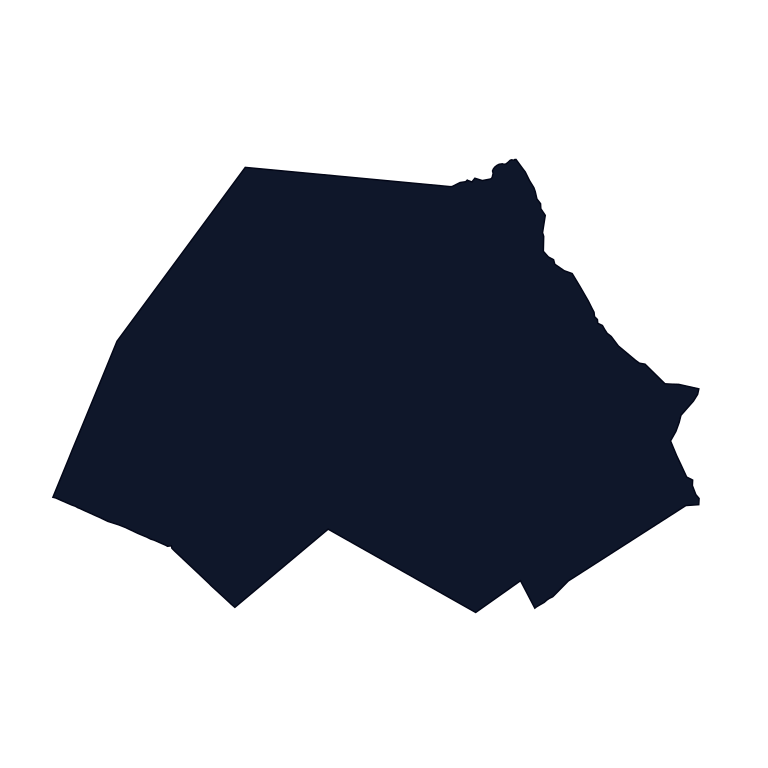 Pinotepa de Don Luis, Oaxaca, Mexico, rotated 274°
{"feature_id": "50627088B98184745232294", "entity_name": "Pinotepa de Don Luis", "entity_type": "district", "adm_level": 2, "iso_a3": "MEX", "parent_name": "Mexico", "parent_adm1": "Oaxaca", "projection": "equal_earth", "projection_center": [-97.962, 16.403], "detail": "fine", "context": "isolated", "style": "filled", "palette": "ink", "viewbox_px": 768, "rotation_deg": 274, "n_neighbors": 0, "source": "geoboundaries", "source_scale": "gbopen_adm2", "svg_char_len": 1767}
<svg xmlns="http://www.w3.org/2000/svg" viewBox="0 0 768 768"><g transform="rotate(274 384 384)"><path d="M247.9,61.6L247.5,64.2L245.1,70.8L241.5,81.0L240.5,84.7L239.2,87.3L238.7,89.1L236.8,94.0L232.0,107.0L231.5,108.5L227.7,118.1L225.0,129.2L222.6,136.8L222.3,137.4L217.8,148.9L215.1,156.9L215.1,157.2L213.0,162.1L212.3,165.2L207.8,177.8L207.0,179.3L207.8,183.2L205.3,183.9L202.5,187.1L191.0,201.2L183.0,211.0L172.8,223.4L170.9,225.5L169.2,227.6L160.0,239.2L154.5,246.0L154.1,246.4L150.8,250.8L235.3,338.4L162.5,491.4L197.3,533.9L170.9,550.1L172.2,551.5L174.3,554.5L177.3,559.0L180.0,561.7L181.7,563.9L183.5,567.1L185.3,568.7L200.4,581.6L283.8,693.6L285.6,706.4L291.8,706.3L295.4,702.8L304.2,698.7L309.7,698.6L312.3,692.4L323.6,686.2L333.0,680.9L340.2,677.3L347.2,673.8L357.1,678.5L366.2,681.1L373.5,682.4L388.6,693.9L395.6,697.6L401.1,698.4L404.2,678.0L403.9,671.1L403.8,664.3L422.0,643.0L422.6,637.3L425.2,633.2L438.3,615.1L447.2,607.4L450.2,603.0L453.8,600.3L457.6,597.8L459.5,593.0L463.2,592.4L465.9,589.3L470.3,588.5L473.8,586.3L481.1,582.0L495.5,572.3L507.3,564.0L509.6,555.8L515.4,546.0L519.8,544.5L522.2,539.1L527.5,533.7L542.4,533.0L546.0,531.6L563.5,533.1L569.8,528.2L574.8,527.6L579.3,523.6L584.3,522.1L586.6,521.4L590.3,519.8L597.0,515.0L605.4,510.1L608.7,507.2L617.2,500.0L617.0,498.7L616.3,498.4L616.5,495.4L615.9,494.2L613.9,492.4L612.0,490.3L611.5,488.4L611.9,486.7L611.2,483.5L610.0,481.5L608.1,479.4L606.1,478.1L604.1,477.4L601.7,478.2L599.6,477.8L597.6,477.5L596.2,476.5L595.8,475.5L593.8,467.9L595.6,460.3L591.7,457.6L593.0,453.1L593.2,452.8L591.5,451.4L590.3,445.9L585.7,438.1L585.5,436.1L590.4,230.5L499.8,173.0L408.1,114.7L368.4,101.6L313.1,83.2L296.1,77.5L287.1,74.6L247.9,61.6Z" fill="#0f172a" stroke="#020617" stroke-width="1.5"/></g></svg>